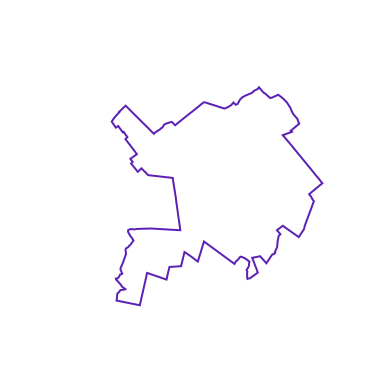 the district of Conkal, Yucatán, Mexico, rotated 134°
{"feature_id": "50627088B39566324417848", "entity_name": "Conkal", "entity_type": "district", "adm_level": 2, "iso_a3": "MEX", "parent_name": "Mexico", "parent_adm1": "Yucatán", "projection": "orthographic", "projection_center": [-89.502, 21.075], "detail": "fine", "context": "isolated", "style": "outline", "palette": "violet", "viewbox_px": 384, "rotation_deg": 134, "n_neighbors": 0, "source": "geoboundaries", "source_scale": "gbopen_adm2", "svg_char_len": 4259}
<svg xmlns="http://www.w3.org/2000/svg" viewBox="0 0 384 384"><g transform="rotate(134 192 192)"><path d="M204.2,88.7L197.5,103.0L194.4,100.8L190.9,98.4L191.6,89.0L181.0,90.9L179.8,89.9L178.5,89.9L178.6,90.2L172.4,92.6L168.0,96.1L167.9,96.2L163.4,99.1L160.9,99.1L160.8,100.3L160.7,101.9L160.6,102.5L160.6,103.1L160.6,103.6L160.5,104.2L160.5,104.3L160.4,104.3L153.5,103.3L153.3,103.3L153.2,103.0L150.3,83.9L149.2,84.1L146.0,84.7L141.0,85.6L138.5,87.1L137.2,87.7L130.8,90.6L129.8,91.0L125.8,92.7L125.5,92.9L122.2,94.3L117.5,96.4L114.0,97.9L113.3,101.2L113.2,101.5L112.5,103.9L112.4,105.5L112.2,106.2L102.8,105.2L95.1,104.3L94.9,106.2L94.4,109.9L94.2,111.9L94.0,114.2L93.8,115.8L92.8,123.5L90.4,144.5L90.3,145.2L89.0,156.3L88.1,166.2L79.3,161.9L79.3,162.7L79.4,163.5L76.8,163.2L74.6,163.0L68.4,162.3L67.9,163.6L66.7,166.0L66.2,166.8L66.0,169.2L65.7,172.8L64.7,176.2L63.9,178.0L63.2,179.6L62.6,181.9L61.7,185.6L61.5,191.2L61.9,195.4L62.1,197.5L63.9,198.2L65.7,198.9L68.0,199.8L70.1,201.0L70.2,203.4L70.3,206.1L70.4,208.2L70.8,209.2L70.2,216.6L71.2,216.4L72.2,216.3L76.6,217.8L77.9,217.6L79.0,217.8L79.4,217.9L86.5,220.9L88.2,221.3L88.8,221.6L90.6,221.6L91.7,221.7L93.6,221.3L94.3,221.0L95.6,220.8L96.8,220.3L98.8,221.1L98.9,222.3L98.8,224.3L102.6,224.2L107.1,225.4L107.5,225.7L109.5,226.7L111.8,231.3L113.0,233.8L113.7,235.3L114.9,237.7L115.9,239.6L116.8,241.5L117.7,243.4L118.2,244.4L118.8,245.2L119.1,245.6L119.4,245.9L121.4,246.1L121.6,246.2L127.6,246.9L127.8,246.9L135.5,247.9L135.7,248.0L141.9,248.8L142.1,248.8L146.7,249.4L155.7,250.5L155.6,255.3L157.7,256.5L161.0,258.2L161.9,258.7L162.7,258.8L165.8,258.2L166.6,258.2L167.5,258.5L169.2,258.5L173.9,259.7L174.6,259.8L175.3,260.0L176.6,259.8L176.6,262.4L176.5,265.5L176.4,270.9L176.4,276.0L176.3,280.7L176.2,287.2L176.0,299.7L178.1,299.8L180.9,299.9L182.8,300.0L183.0,300.0L183.3,300.0L183.5,300.0L184.7,300.1L185.1,300.1L185.1,299.7L185.6,299.7L185.9,299.7L189.1,299.6L189.4,299.6L191.1,299.6L194.2,299.2L197.0,298.7L197.2,298.4L198.6,291.5L195.8,290.9L196.8,285.3L197.1,283.2L196.2,282.9L196.9,279.6L197.4,276.6L200.2,276.6L200.9,271.8L202.7,260.1L203.1,257.9L211.0,259.4L211.6,255.6L213.8,255.6L214.7,248.4L214.8,247.5L215.0,246.3L215.1,245.0L210.1,244.8L210.3,235.2L206.6,230.4L198.4,219.7L198.2,219.5L195.3,215.7L195.6,215.3L207.4,199.6L207.7,199.4L207.9,199.0L208.2,198.7L217.6,186.7L222.5,180.4L225.2,176.9L227.6,173.9L233.8,181.0L243.0,191.8L246.9,196.3L257.2,206.3L258.9,207.4L260.1,209.0L260.8,209.9L262.2,210.9L263.9,211.4L264.9,210.6L265.5,209.4L265.6,208.4L266.4,206.3L266.8,203.2L267.6,200.3L268.3,200.3L272.5,199.7L274.7,199.8L276.2,199.6L277.5,200.1L278.7,200.3L280.2,199.2L280.8,198.3L282.6,196.3L290.6,192.7L294.4,191.2L296.2,190.6L297.5,189.5L298.1,188.0L299.3,185.4L299.8,185.6L301.6,186.4L302.9,185.8L304.5,185.5L305.8,185.6L306.9,186.3L307.2,186.6L307.7,185.7L307.7,184.0L308.2,178.2L308.7,177.0L308.6,175.9L308.1,172.5L308.8,172.7L310.9,174.2L312.3,175.3L314.9,175.0L317.0,175.1L318.4,174.0L320.9,172.0L321.4,171.5L322.5,170.9L313.4,156.6L309.7,150.9L309.6,151.0L304.7,153.9L301.3,156.0L300.6,156.4L294.2,160.3L293.7,160.6L288.7,163.6L281.4,168.1L280.9,167.2L280.0,165.0L278.8,162.6L278.1,161.0L277.0,158.6L276.5,157.6L275.3,155.1L274.6,153.5L274.5,153.3L274.4,153.1L273.7,151.5L272.7,149.5L271.5,150.2L268.5,152.1L268.1,152.3L267.1,152.9L265.1,154.1L264.5,154.4L264.0,154.7L263.5,155.0L262.9,155.4L261.7,156.1L260.9,155.5L260.7,155.3L260.5,155.2L260.2,154.9L259.2,154.0L257.4,152.3L252.9,148.3L252.7,148.5L252.4,148.7L252.1,148.9L251.8,149.0L251.5,149.2L251.2,149.4L250.8,149.6L250.4,149.8L250.0,150.1L249.7,150.2L249.5,150.4L249.1,150.6L248.0,151.2L242.1,154.7L240.4,155.7L239.9,152.9L239.0,147.7L238.7,145.2L238.4,142.6L238.0,139.5L232.6,142.2L231.9,142.6L230.8,143.1L229.8,143.6L228.7,144.2L227.3,144.9L225.9,145.6L224.5,146.3L223.1,147.1L220.6,148.3L219.3,149.0L214.2,111.5L212.9,111.8L211.7,112.2L210.6,112.2L209.7,111.9L208.0,112.0L206.0,112.2L204.9,112.2L204.0,111.0L203.4,109.2L202.9,107.7L202.7,107.1L202.5,104.6L202.3,104.1L202.2,102.3L203.2,101.7L204.1,101.0L205.2,100.0L205.6,99.7L208.3,98.9L210.2,98.6L210.9,96.8L212.0,96.1L215.8,92.3L215.9,91.8L215.6,91.8L214.7,91.0L213.9,90.4L208.8,89.5L205.6,88.9L204.2,88.7Z" fill="none" stroke="#5b21b6" stroke-width="2"/></g></svg>